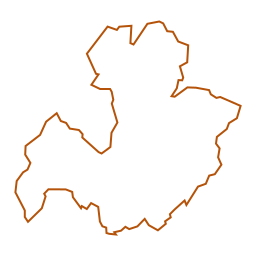 Vasilevo, Vasilevo, North Macedonia
{"feature_id": "65306769B98629679609772", "entity_name": "Vasilevo", "entity_type": "district", "adm_level": 2, "iso_a3": "MKD", "parent_name": "North Macedonia", "parent_adm1": "Vasilevo", "projection": "mercator", "projection_center": [22.637, 41.553], "detail": "fine", "context": "isolated", "style": "outline", "palette": "amber", "viewbox_px": 256, "rotation_deg": 0, "n_neighbors": 0, "source": "geoboundaries", "source_scale": "gbopen_adm2", "svg_char_len": 1338}
<svg xmlns="http://www.w3.org/2000/svg" viewBox="0 0 256 256"><path d="M131.4,25.8L119.3,26.7L116.9,29.9L107.6,26.6L86.9,53.7L96.0,73.8L98.5,74.4L91.4,84.8L100.1,89.0L110.1,89.0L111.7,91.8L113.3,99.8L111.8,103.6L117.4,122.5L111.5,132.8L110.4,147.0L101.6,153.5L98.6,152.1L82.3,137.5L82.6,134.2L78.9,130.0L69.8,128.6L66.1,122.9L60.8,121.0L56.7,113.2L46.1,121.7L40.1,134.9L25.6,146.0L25.2,154.6L30.4,162.9L27.5,169.6L23.1,172.3L16.7,181.0L15.4,192.3L24.8,210.5L24.8,217.0L28.0,221.8L41.8,208.3L45.6,196.4L44.2,193.7L48.4,189.3L65.7,189.4L72.2,191.9L72.9,197.2L81.0,208.2L81.8,206.1L86.8,209.0L91.1,203.1L98.2,206.9L99.9,221.5L102.4,226.3L106.2,227.6L106.5,233.0L109.2,233.8L115.9,234.5L114.3,232.2L121.0,230.7L125.4,226.8L129.2,229.1L137.4,226.4L144.7,218.9L148.8,225.2L157.9,230.3L165.8,223.8L165.1,221.3L170.7,217.4L169.9,214.2L174.6,209.5L184.6,200.5L186.4,205.0L198.0,186.6L205.8,183.8L209.2,175.6L214.8,174.2L221.4,164.7L218.1,157.3L219.6,148.4L216.0,143.6L216.9,136.9L226.8,129.0L229.0,123.1L236.9,118.2L240.6,105.9L220.2,97.0L216.4,97.9L210.8,94.3L209.1,90.1L195.9,87.7L187.4,87.4L174.7,96.7L171.6,96.2L176.8,88.3L178.5,80.1L182.2,80.3L183.2,77.6L179.9,66.3L187.2,62.3L188.2,45.3L178.2,41.5L172.9,31.8L167.2,31.2L163.2,23.4L159.3,21.5L147.4,23.8L133.5,44.5L130.4,43.1L131.4,25.8Z" fill="none" stroke="#b45309" stroke-width="2"/></svg>